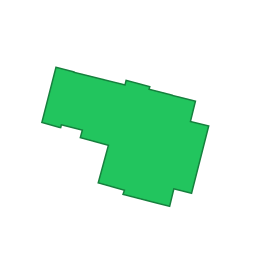 the district of Carlos Casares, Buenos Aires, Argentina, rotated 330°
{"feature_id": "61730980B52662416903271", "entity_name": "Carlos Casares", "entity_type": "district", "adm_level": 2, "iso_a3": "ARG", "parent_name": "Argentina", "parent_adm1": "Buenos Aires", "projection": "orthographic", "projection_center": [-61.387, -35.725], "detail": "fine", "context": "isolated", "style": "filled", "palette": "green", "viewbox_px": 256, "rotation_deg": 330, "n_neighbors": 0, "source": "geoboundaries", "source_scale": "gbopen_adm2", "svg_char_len": 488}
<svg xmlns="http://www.w3.org/2000/svg" viewBox="0 0 256 256"><g transform="rotate(330 128 128)"><path d="M198.9,166.6L185.3,153.6L199.8,138.5L182.6,121.9L182.7,121.7L165.6,105.0L167.5,103.1L150.2,85.8L146.9,89.2L109.1,52.8L109.3,52.5L96.0,39.4L56.2,80.1L68.8,93.1L69.9,94.0L71.9,91.9L87.4,107.0L81.9,112.5L102.4,133.2L74.8,160.6L93.8,180.1L90.5,183.0L111.9,204.0L116.2,208.2L124.9,216.6L137.3,203.6L150.4,216.3L198.9,166.6Z" fill="#22c55e" stroke="#15803d" stroke-width="1.5"/></g></svg>